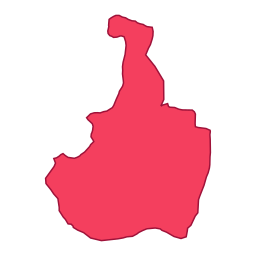 outline of Qaha, Al Qalyubiyah, Egypt
{"feature_id": "37247803B19157845766633", "entity_name": "Qaha", "entity_type": "district", "adm_level": 2, "iso_a3": "EGY", "parent_name": "Egypt", "parent_adm1": "Al Qalyubiyah", "projection": "mercator", "projection_center": [31.21, 30.293], "detail": "medium", "context": "isolated", "style": "filled", "palette": "rose", "viewbox_px": 256, "rotation_deg": 0, "n_neighbors": 0, "source": "geoboundaries", "source_scale": "gbopen_adm2", "svg_char_len": 1838}
<svg xmlns="http://www.w3.org/2000/svg" viewBox="0 0 256 256"><path d="M197.8,212.8L198.5,199.8L199.6,196.5L204.0,185.3L206.4,176.9L208.1,172.9L209.4,168.1L209.8,164.8L210.0,156.8L210.4,152.6L210.2,139.6L209.9,134.6L210.3,131.7L210.1,130.3L206.0,128.5L198.1,127.5L195.4,126.7L195.1,123.7L195.4,114.1L194.4,111.9L192.3,110.1L182.3,109.9L178.8,109.2L174.7,107.5L169.7,107.2L168.5,106.4L167.6,103.6L162.5,105.1L161.5,105.8L161.1,105.5L163.8,99.5L163.6,80.9L154.9,66.4L145.7,54.9L148.5,48.1L150.4,44.6L152.2,38.9L152.9,35.7L153.1,31.4L152.2,27.3L146.9,26.6L144.6,25.4L143.3,24.5L140.1,23.8L137.3,22.8L135.3,21.1L131.9,20.8L128.2,19.4L125.6,17.8L122.4,17.1L119.1,15.4L115.9,15.4L113.6,16.4L110.9,18.0L109.1,19.4L108.6,25.3L108.8,26.6L107.8,31.0L108.1,33.5L109.8,35.6L112.0,36.4L113.5,37.4L117.0,37.1L120.1,36.0L121.4,35.9L124.1,36.8L125.6,41.5L126.1,45.5L125.1,54.4L123.1,62.3L122.5,66.7L122.7,70.4L122.5,73.9L123.3,80.4L123.5,83.0L122.6,86.2L119.4,91.3L118.8,93.7L116.2,99.4L113.8,105.3L112.4,107.6L106.8,111.1L103.8,111.6L100.1,112.9L97.3,112.7L94.2,112.8L90.5,113.9L86.6,117.7L88.0,119.7L92.3,123.7L93.1,126.3L92.6,130.4L91.9,132.7L91.3,133.9L91.0,136.8L92.9,139.8L93.8,141.6L90.7,144.6L89.6,146.6L84.6,152.1L80.9,154.6L79.8,155.9L77.2,157.3L74.4,158.3L68.0,157.4L65.2,155.5L63.0,153.6L60.9,154.6L59.1,156.2L56.6,157.8L53.8,158.5L55.5,163.1L54.1,166.5L45.6,178.3L46.0,183.6L50.9,189.7L53.7,193.9L57.9,198.6L59.2,207.3L59.2,210.7L63.3,217.1L65.4,219.4L68.1,223.9L71.2,224.2L73.2,226.3L73.3,227.4L77.7,230.1L83.6,232.6L90.6,238.0L101.4,240.6L118.0,238.8L123.1,237.9L126.9,236.8L132.5,236.3L136.8,234.0L138.9,232.4L142.7,230.5L146.8,228.8L155.2,228.0L160.3,228.9L161.9,230.3L166.6,232.2L174.0,236.5L181.0,238.5L186.2,236.8L187.3,230.9L187.6,228.2L190.9,225.3L195.2,216.1L197.8,212.8Z" fill="#f43f5e" stroke="#9f1239" stroke-width="1.5"/></svg>